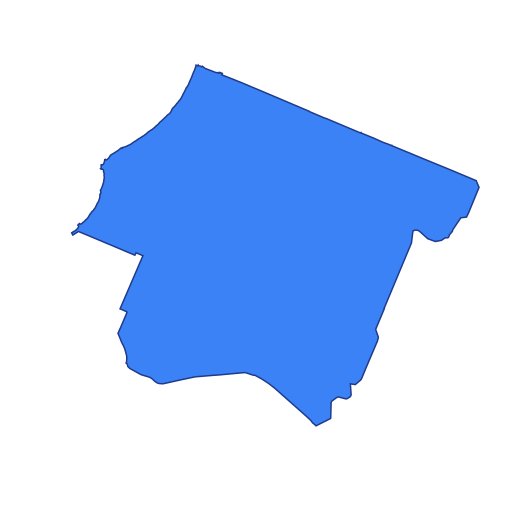 the district of Kwinana, Western Australia, Australia, rotated 23°
{"feature_id": "25037944B63650800772080", "entity_name": "Kwinana", "entity_type": "district", "adm_level": 2, "iso_a3": "AUS", "parent_name": "Australia", "parent_adm1": "Western Australia", "projection": "orthographic", "projection_center": [115.805, -32.234], "detail": "fine", "context": "isolated", "style": "filled", "palette": "blue", "viewbox_px": 512, "rotation_deg": 23, "n_neighbors": 0, "source": "geoboundaries", "source_scale": "gbopen_adm2", "svg_char_len": 5785}
<svg xmlns="http://www.w3.org/2000/svg" viewBox="0 0 512 512"><g transform="rotate(23 256 256)"><path d="M126.2,103.8L126.5,104.7L126.6,106.5L126.7,107.3L126.7,108.4L126.8,109.6L126.8,110.2L126.7,111.0L126.7,112.2L126.8,115.2L126.9,117.1L126.8,119.2L126.8,120.1L126.8,121.2L126.7,122.1L126.8,123.0L126.8,123.8L126.8,124.6L126.8,125.2L126.5,126.8L126.4,127.3L126.3,128.1L126.0,128.6L126.0,128.8L126.1,129.0L126.1,130.3L126.0,131.7L125.9,132.5L125.9,133.7L125.6,135.7L125.7,136.7L125.5,137.9L125.5,138.5L125.4,139.8L125.1,141.4L124.9,142.2L124.4,143.6L124.2,144.8L123.9,145.8L123.6,146.5L123.4,146.9L123.4,147.3L123.3,147.8L122.2,151.2L121.9,151.5L121.4,153.4L121.3,153.7L121.3,154.5L121.4,155.3L121.3,156.3L121.2,157.2L121.0,158.0L120.8,158.3L120.7,158.9L120.1,159.8L119.6,160.5L119.2,161.4L118.8,162.8L118.5,163.4L117.8,164.7L117.6,165.3L117.1,166.6L116.4,168.0L115.9,169.2L115.5,169.9L115.1,170.8L114.9,171.5L114.6,172.6L114.3,173.4L113.6,174.6L113.2,175.3L112.5,177.0L111.6,178.9L110.9,180.2L109.8,181.6L109.3,182.6L108.4,183.8L107.9,184.9L107.7,185.4L107.4,186.1L106.8,187.0L106.6,187.5L106.2,188.1L105.7,189.1L104.3,190.9L103.9,191.6L102.8,193.3L102.5,193.6L102.1,194.1L101.7,194.8L101.3,195.2L101.2,195.7L100.9,196.1L100.6,196.6L100.2,197.2L99.5,198.0L98.9,199.1L98.1,200.2L97.4,201.5L96.4,202.8L95.5,203.8L94.8,204.5L93.9,205.6L93.2,206.3L92.4,207.1L91.6,207.7L90.7,208.3L90.8,208.8L90.8,209.2L90.6,209.2L90.3,209.1L89.8,209.1L89.5,209.5L89.1,210.3L88.7,210.9L88.1,212.3L86.2,215.1L85.2,216.5L84.7,217.3L84.2,217.9L83.4,219.0L83.1,219.4L82.9,219.7L82.6,220.4L82.6,221.1L82.3,222.4L82.1,223.6L81.4,225.1L81.2,225.5L80.6,226.1L80.4,226.2L80.2,226.1L79.9,225.9L79.7,225.8L79.1,226.3L79.1,226.6L79.2,226.9L79.5,227.8L79.6,228.5L79.7,229.4L79.7,229.9L79.6,231.2L79.2,231.9L78.9,232.1L78.6,232.3L78.2,232.3L77.9,232.4L77.8,232.5L78.1,233.3L78.4,233.9L78.6,234.4L79.2,236.0L79.3,236.4L79.1,236.5L79.3,236.6L79.7,236.5L80.4,236.3L81.2,236.1L81.7,236.3L82.0,236.5L82.6,237.5L82.7,237.8L83.1,238.5L83.9,239.2L84.1,239.5L84.4,240.6L84.7,241.4L85.2,242.1L85.5,242.8L85.7,243.0L85.8,243.5L85.9,244.1L86.1,244.6L86.2,245.3L86.4,245.8L86.9,247.8L86.9,248.5L87.1,249.8L87.2,250.4L87.2,251.2L87.3,252.5L87.4,255.0L87.2,255.5L87.1,256.0L87.2,256.4L87.3,256.4L87.5,256.8L87.9,257.3L88.3,257.9L88.5,258.6L88.6,258.9L88.5,259.4L88.5,259.7L88.2,260.0L88.2,260.3L88.5,260.8L88.8,261.6L89.4,263.6L89.5,264.2L89.5,264.8L89.7,266.7L89.7,267.3L89.3,270.0L89.3,271.8L89.1,274.9L88.7,276.0L88.6,276.5L88.6,277.1L88.4,277.7L88.2,278.2L88.0,278.5L87.9,278.8L87.6,279.4L87.5,279.8L87.4,280.0L87.4,280.4L87.4,280.9L87.3,281.3L87.1,281.5L86.9,282.2L86.8,283.0L86.5,284.9L86.5,285.6L86.0,287.5L85.7,288.4L85.4,288.7L85.1,289.3L84.7,290.6L84.3,291.5L83.9,292.2L83.2,293.7L82.8,294.4L82.5,294.9L82.0,295.2L81.5,295.4L81.1,295.3L81.1,295.1L80.9,295.0L80.7,295.2L80.5,295.8L80.3,296.1L80.1,296.5L80.0,296.9L80.0,297.3L80.4,297.4L80.7,297.4L81.2,298.2L81.3,298.4L81.3,298.8L81.3,299.0L81.1,299.7L80.9,300.6L80.1,302.7L79.8,303.0L79.5,303.6L78.5,304.8L78.0,305.5L78.0,305.9L77.3,306.5L77.2,306.7L79.2,308.3L83.0,302.8L96.4,302.7L99.7,302.7L144.2,302.6L144.3,301.3L144.4,299.9L151.8,299.9L151.5,357.8L158.8,357.8L159.3,358.6L159.3,376.4L159.2,376.4L159.2,380.7L159.1,381.0L161.5,383.4L162.5,384.4L163.8,385.7L165.7,387.6L166.0,387.9L166.6,388.4L167.4,389.1L169.0,390.4L170.5,391.8L171.5,392.8L174.7,396.8L175.2,397.5L175.7,398.1L176.1,398.8L176.7,399.9L177.2,401.1L177.6,402.2L178.0,403.4L178.1,404.1L178.2,404.8L178.3,405.4L179.1,405.4L179.3,405.5L181.2,407.7L181.6,408.0L182.1,408.2L184.1,408.9L184.4,408.9L184.6,408.9L196.0,410.1L196.9,410.1L197.2,410.1L204.2,409.3L204.9,409.2L205.5,409.2L206.6,409.3L207.6,409.5L208.7,409.7L211.0,410.6L211.8,410.9L213.3,411.2L214.6,411.4L215.5,411.4L216.3,411.3L217.1,411.1L219.8,410.2L220.5,409.8L221.3,409.3L228.0,404.5L235.0,399.5L241.7,394.8L245.6,392.1L246.8,391.3L247.6,390.8L255.0,386.9L265.3,381.5L268.3,380.0L276.1,375.8L289.5,368.6L291.7,367.5L300.0,366.8L301.8,366.2L309.0,366.9L317.0,368.3L324.6,370.3L364.8,383.8L370.6,385.9L373.1,387.4L376.7,388.5L377.6,388.9L388.0,376.6L388.1,376.4L388.1,376.2L388.1,375.9L388.0,375.7L382.5,361.8L382.4,361.3L382.4,360.9L382.4,360.4L382.6,360.0L382.7,359.6L385.7,354.6L386.1,354.1L386.4,353.9L386.7,353.6L387.1,353.5L393.9,352.5L394.1,352.5L394.6,352.4L395.0,352.1L395.4,351.9L395.7,351.6L397.5,349.1L397.7,348.7L397.8,348.2L397.9,347.8L397.9,347.4L397.8,346.9L397.7,346.4L392.8,336.8L397.6,335.6L400.8,329.3L400.9,329.0L401.0,328.4L401.1,327.9L401.0,318.1L401.0,288.5L401.1,288.0L401.1,287.5L401.0,286.9L400.6,283.9L400.5,283.4L400.3,283.0L400.0,282.6L399.9,282.4L395.5,277.6L395.2,277.2L395.0,276.8L394.8,276.3L394.8,275.8L394.7,254.4L394.4,254.4L394.0,183.2L391.9,176.0L390.7,171.6L392.3,170.0L392.8,169.8L393.7,169.5L393.8,169.4L394.2,169.2L396.8,169.3L407.4,173.0L414.9,172.6L415.4,172.6L420.6,169.1L422.8,165.7L423.6,165.1L424.3,164.8L425.4,164.3L425.8,163.8L425.9,163.2L425.9,162.6L425.8,161.0L427.1,156.7L427.1,156.4L426.9,155.6L426.9,154.9L429.6,140.8L434.6,137.9L434.8,132.4L434.5,105.7L429.4,100.8L429.3,100.6L405.3,100.7L372.0,101.1L357.3,101.2L349.0,101.3L338.3,101.4L338.2,101.2L337.9,101.0L337.7,101.0L337.5,101.4L333.7,101.4L329.5,101.7L327.5,101.7L318.4,101.5L305.3,101.7L305.0,101.7L304.8,101.7L304.6,101.5L304.4,101.3L304.0,101.9L266.3,102.0L265.8,102.2L265.7,102.2L257.0,102.2L250.1,102.2L249.2,102.2L248.8,102.1L248.6,102.0L202.3,102.0L173.6,102.1L171.1,102.2L169.0,102.2L153.7,102.6L153.7,101.1L151.6,101.1L151.6,101.4L150.2,101.4L150.2,102.3L149.0,102.3L147.2,102.8L136.1,103.2L135.1,103.0L132.3,102.3L132.2,102.5L132.1,103.1L130.9,103.0L130.3,103.0L130.1,103.0L129.1,103.3L128.3,103.5L128.1,103.6L128.0,103.2L127.9,103.4L126.3,103.8L126.2,103.8Z" fill="#3b82f6" stroke="#1e3a8a" stroke-width="1.5"/></g></svg>